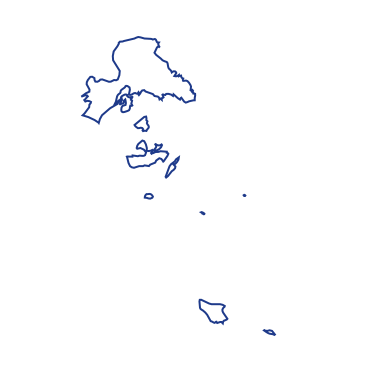 an SVG outline of Attiki, rotated 324°
{"feature_id": "GRC-2884", "entity_name": "Attiki", "entity_type": "Region", "adm_level": 1, "iso_a3": "GRC", "parent_name": "Greece", "parent_adm1": "", "projection": "mercator", "projection_center": [23.522, 37.086], "detail": "fine", "context": "isolated", "style": "outline", "palette": "blue", "viewbox_px": 384, "rotation_deg": 324, "n_neighbors": 0, "source": "natural_earth", "source_scale": "10m", "svg_char_len": 5578}
<svg xmlns="http://www.w3.org/2000/svg" viewBox="0 0 384 384"><g transform="rotate(324 192 192)"><path d="M220.4,28.3L222.0,28.0L224.4,29.5L225.6,29.8L235.6,34.0L237.7,34.4L239.6,35.0L241.2,36.6L243.8,39.9L248.7,43.9L249.5,44.8L249.9,45.6L251.9,46.4L252.3,47.5L252.1,48.6L251.8,49.6L251.9,50.6L253.1,51.6L252.0,52.0L251.4,53.0L251.0,54.4L250.9,56.1L250.2,54.3L248.6,54.5L243.5,57.3L243.6,60.0L245.2,65.7L245.6,68.1L246.6,70.0L247.6,71.4L248.1,72.5L247.8,73.7L246.4,76.5L245.9,77.9L245.9,79.0L246.2,80.3L246.3,81.8L245.9,83.4L247.1,83.3L248.3,83.7L249.2,84.5L249.5,85.9L249.1,86.6L245.9,87.8L246.6,88.6L247.6,89.3L248.7,89.6L250.2,89.6L249.5,90.6L250.1,90.7L251.6,91.4L251.0,92.5L250.9,93.5L251.1,94.3L251.6,95.0L251.1,95.3L250.7,95.6L250.4,96.1L250.2,96.9L252.7,98.4L253.5,99.6L253.8,101.8L253.6,104.6L253.2,106.1L250.9,108.6L252.3,109.4L252.3,110.4L250.9,110.4L250.9,111.2L251.5,111.3L251.6,111.7L251.5,112.4L251.6,113.1L251.5,112.8L251.5,112.4L251.3,112.4L250.9,113.1L252.2,114.4L251.3,115.8L249.5,117.5L248.1,119.4L246.9,118.6L242.9,116.9L241.3,116.6L239.5,116.0L238.8,114.3L238.8,109.4L238.1,109.4L236.6,110.2L235.7,107.8L234.5,102.2L234.1,102.6L233.1,103.2L232.4,101.0L230.7,98.8L228.8,97.5L227.4,97.8L226.9,97.3L226.5,97.0L226.2,96.7L225.9,96.0L225.2,96.0L224.6,98.7L223.6,98.7L222.5,98.3L221.7,99.6L221.5,98.7L221.4,98.0L221.1,97.6L220.2,97.8L220.8,96.1L220.4,94.7L218.1,92.3L217.9,89.8L213.5,83.4L213.2,81.5L211.4,80.6L209.7,81.0L207.9,81.9L206.0,82.4L206.0,81.7L207.0,81.0L207.3,80.7L207.4,79.8L205.8,80.4L204.9,79.7L204.2,78.5L202.8,77.9L201.3,77.8L200.1,77.6L199.0,77.1L198.2,76.1L201.9,72.7L202.9,70.7L202.1,68.4L201.1,67.4L200.4,67.3L199.8,67.7L198.9,67.9L194.9,67.9L193.9,68.2L193.2,68.8L192.7,69.4L192.1,69.7L189.6,69.8L188.6,70.1L187.5,70.7L183.5,74.2L181.8,75.1L185.3,76.1L183.2,76.9L175.0,76.1L164.3,77.0L160.3,78.9L157.2,81.3L157.2,81.0L156.9,80.3L155.5,76.5L152.2,70.5L148.6,65.7L151.2,65.3L158.6,63.0L160.4,61.0L162.2,60.6L163.2,59.8L162.5,58.3L160.9,56.7L158.9,56.1L158.9,55.5L158.9,54.3L160.2,54.2L162.6,53.6L163.9,53.4L163.9,52.5L162.9,52.3L163.3,52.2L163.1,51.2L158.5,49.8L164.4,49.8L167.9,50.5L169.3,48.9L170.1,42.9L171.5,41.3L173.5,40.2L177.4,39.1L179.0,40.1L180.0,42.5L179.0,44.1L178.7,45.9L180.3,47.2L182.0,47.5L183.9,47.2L185.6,48.2L189.6,54.0L191.2,55.0L194.8,55.6L196.3,57.0L198.1,57.3L201.9,54.8L204.7,51.6L205.6,39.1L207.8,35.5L211.3,32.2L217.2,30.3L220.0,29.0L220.4,28.3ZM160.1,125.1L160.4,125.2L164.6,128.4L165.4,127.5L169.2,131.2L169.7,131.4L170.2,131.5L171.1,131.9L173.2,133.7L174.3,134.4L175.7,134.6L178.1,133.0L178.0,129.5L176.1,126.1L173.1,124.8L173.1,123.9L174.9,122.4L176.8,121.6L182.1,121.2L183.2,122.8L182.7,126.3L181.3,129.9L179.6,131.9L180.6,133.1L181.8,133.8L183.0,134.4L184.6,134.6L184.6,135.6L182.5,136.3L181.8,136.4L181.8,137.3L182.5,137.3L183.4,137.7L186.0,138.2L188.4,139.8L190.5,140.5L195.3,144.6L194.8,145.2L194.6,145.4L194.8,145.7L195.3,146.3L195.3,147.2L193.2,148.4L187.1,150.5L186.6,150.5L186.7,148.3L186.6,147.2L185.4,145.5L181.5,145.5L179.5,146.6L174.3,145.3L172.4,145.7L169.3,142.6L167.6,142.3L164.4,140.0L159.3,138.3L157.8,136.6L157.1,134.7L157.7,131.2L160.0,125.6L160.1,125.1L160.1,125.1ZM141.9,294.3L148.7,299.2L150.5,301.3L151.5,303.5L150.8,304.0L149.3,304.1L147.6,304.9L146.7,306.2L146.3,307.8L146.1,315.4L145.5,315.6L144.0,315.4L142.2,314.9L140.9,315.2L139.7,316.4L139.4,314.5L138.3,313.7L135.4,312.8L135.3,312.4L135.4,311.8L135.5,311.3L135.1,311.1L133.6,311.2L133.3,311.1L132.8,310.3L131.8,308.2L131.2,307.5L132.1,300.3L131.9,297.3L131.2,294.3L130.6,292.9L130.2,291.7L130.4,290.4L133.7,284.9L134.9,283.8L136.1,284.6L140.3,292.3L141.9,294.3ZM183.1,86.9L182.5,85.9L182.5,85.1L183.2,83.8L184.6,82.3L186.4,81.5L189.4,82.5L190.8,81.2L191.8,79.3L192.4,77.9L191.2,78.0L190.3,78.6L189.5,79.4L188.6,79.8L187.7,79.5L185.7,78.8L184.6,78.8L188.2,77.0L186.9,76.2L185.3,75.1L186.5,75.0L187.6,75.0L188.7,75.4L189.6,76.1L189.8,75.1L190.1,74.9L189.6,74.3L190.4,73.6L191.3,73.3L192.2,73.3L194.6,73.6L195.8,74.2L196.5,75.1L196.0,76.1L196.1,76.8L196.3,77.7L196.9,78.5L197.6,78.9L197.4,79.1L197.5,79.8L200.3,79.8L196.8,81.5L197.2,82.9L194.9,84.8L194.6,86.9L193.9,86.9L192.8,85.9L191.8,86.7L190.7,88.0L189.2,88.8L187.7,88.6L184.5,87.6L183.1,86.9ZM197.5,103.2L199.2,104.0L198.6,105.4L197.3,107.1L197.5,108.6L196.0,109.7L195.7,111.1L195.8,112.6L195.3,114.0L194.5,114.6L192.1,115.2L191.0,115.8L190.2,115.0L189.7,114.6L188.2,114.0L188.2,113.1L189.4,112.4L189.4,111.1L188.4,109.9L187.1,109.4L185.8,108.6L185.1,106.7L184.8,104.9L184.9,104.0L197.5,103.2ZM201.7,156.2L200.1,157.8L197.6,158.9L195.1,159.4L193.2,158.9L193.6,161.6L192.3,162.8L190.2,163.3L187.8,163.3L181.9,165.0L179.6,165.1L179.6,164.2L188.9,158.0L191.4,157.2L196.1,157.1L198.2,156.2L201.7,156.2ZM154.0,167.0L154.6,167.5L156.4,168.5L157.1,169.2L157.6,170.1L157.8,171.5L157.6,172.8L156.5,173.3L154.3,172.8L153.0,171.6L152.0,170.2L150.5,168.8L151.2,168.0L152.1,167.4L153.0,167.1L154.0,167.0ZM190.3,131.9L190.8,131.9L190.9,132.1L190.9,132.4L191.0,132.8L191.8,134.1L192.8,135.0L193.9,135.5L195.3,135.6L195.3,136.4L193.3,137.6L190.7,138.0L188.1,137.6L186.0,136.4L186.0,135.6L189.0,134.8L190.1,133.9L190.3,131.9ZM169.6,347.2L171.4,348.7L173.5,349.5L175.1,351.4L175.3,356.0L174.6,356.0L174.0,354.8L171.4,352.1L170.6,350.7L169.9,349.1L168.9,346.3L169.4,346.3L169.5,346.5L169.5,346.8L169.6,347.2ZM188.5,214.9L188.9,215.4L189.3,216.8L188.9,217.1L188.3,216.8L188.0,215.9L187.9,215.7L187.7,215.5L187.8,214.9L187.4,213.8L188.1,214.0L188.5,214.9ZM232.6,225.0L233.0,225.6L233.1,226.2L232.6,226.4L231.9,225.9L231.9,225.0L232.6,225.0Z" fill="none" stroke="#1e3a8a" stroke-width="2"/></g></svg>